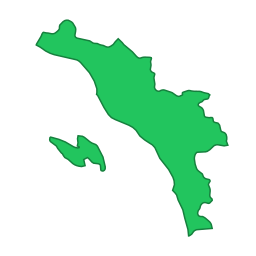 SVG path tracing the border of Niigata, rotated 277°
{"feature_id": "JPN-1867", "entity_name": "Niigata", "entity_type": "Prefecture", "adm_level": 1, "iso_a3": "JPN", "parent_name": "Japan", "parent_adm1": "", "projection": "orthographic", "projection_center": [138.832, 37.638], "detail": "fine", "context": "isolated", "style": "filled", "palette": "green", "viewbox_px": 256, "rotation_deg": 277, "n_neighbors": 0, "source": "natural_earth", "source_scale": "10m", "svg_char_len": 3764}
<svg xmlns="http://www.w3.org/2000/svg" viewBox="0 0 256 256"><g transform="rotate(277 128 128)"><path d="M28.3,201.3L34.5,199.9L45.6,195.3L53.5,192.4L62.7,186.5L67.5,184.4L69.6,182.3L71.5,179.9L77.4,181.0L81.2,180.2L84.6,178.6L91.8,173.4L101.8,163.3L111.8,157.1L114.2,154.3L115.9,150.7L118.2,146.0L121.5,140.8L126.7,136.3L129.2,132.7L130.9,128.5L134.8,114.4L136.3,110.3L139.0,106.9L145.4,101.7L156.8,93.8L157.5,92.7L159.5,92.8L163.2,92.3L170.5,88.8L172.5,87.3L178.2,83.0L187.3,72.9L188.7,70.7L189.4,68.7L191.8,45.8L192.7,41.6L194.4,36.9L197.6,30.9L199.2,26.8L199.3,26.8L200.4,27.1L208.4,30.6L210.7,31.2L211.9,31.7L212.6,32.3L212.6,33.1L212.5,34.1L212.4,35.3L212.5,37.0L212.2,41.1L212.6,42.9L213.4,44.2L214.5,45.3L215.6,46.3L216.9,47.3L218.1,47.8L220.6,47.6L221.9,47.8L225.5,50.5L226.2,51.3L226.9,52.2L227.5,53.7L227.7,55.4L227.0,57.6L226.3,59.2L225.4,60.4L222.2,62.9L221.0,63.7L219.6,64.1L217.6,64.2L214.2,64.0L212.9,64.1L211.7,64.9L211.0,66.5L209.8,79.4L208.1,82.8L207.9,84.2L208.1,87.3L207.3,89.7L207.1,90.9L206.9,93.5L206.0,96.2L205.8,97.5L206.0,99.1L207.1,100.9L209.1,103.2L212.1,104.9L215.4,107.4L212.0,111.9L210.2,113.7L204.1,123.1L200.0,127.8L199.0,129.4L198.7,130.6L198.9,131.7L199.2,132.4L199.7,133.4L200.1,134.6L200.4,136.2L200.8,141.2L200.6,142.5L199.7,142.8L197.2,142.3L196.1,142.4L194.1,143.0L192.9,143.2L188.7,143.0L187.3,143.8L186.6,144.6L185.4,147.7L184.5,148.0L181.8,147.6L180.5,147.7L174.9,149.3L171.6,149.3L170.1,150.0L168.9,151.3L168.3,152.6L168.2,153.6L168.3,154.7L169.1,155.7L169.7,156.9L170.1,158.2L170.1,159.6L168.8,166.1L168.4,167.6L165.9,172.3L165.5,174.0L165.8,175.4L167.0,177.3L167.5,178.0L168.3,178.0L169.0,177.7L169.8,177.8L170.3,178.5L172.2,182.5L172.6,183.6L172.7,184.8L172.5,186.3L172.5,189.0L173.1,194.7L173.0,196.0L172.3,199.1L171.9,203.4L170.8,205.2L169.6,204.6L168.7,204.5L167.6,204.3L166.6,203.6L165.6,200.5L165.2,199.8L164.5,199.2L164.3,199.1L163.8,198.8L163.2,198.3L162.8,197.7L162.1,196.4L161.7,196.0L161.0,195.2L159.9,194.8L158.8,195.1L158.1,196.2L157.3,198.2L156.7,199.1L156.5,199.4L154.7,200.7L149.4,202.3L148.6,202.9L148.2,204.0L148.1,207.3L148.5,208.9L148.6,210.2L148.0,211.0L145.1,211.9L144.3,212.8L144.1,213.8L143.8,216.7L143.1,217.5L141.9,218.6L137.2,220.3L135.9,221.1L135.2,223.9L134.6,225.1L133.4,226.2L131.1,227.1L128.9,227.4L127.0,227.2L123.1,229.2L122.0,225.6L122.3,219.0L122.0,217.5L121.2,215.9L120.3,215.0L116.5,211.9L114.4,209.4L113.8,207.8L112.5,200.4L112.1,199.1L111.9,199.0L110.4,198.1L108.9,197.7L107.2,197.5L105.5,197.6L100.4,199.0L96.7,200.7L95.2,201.6L94.1,202.9L91.4,207.4L89.1,208.6L88.1,209.4L87.3,210.8L87.0,212.0L86.7,214.9L86.1,215.7L85.0,215.9L83.4,215.1L82.4,214.8L81.7,214.7L81.1,214.9L78.4,216.4L77.2,216.9L75.5,217.2L71.5,217.3L70.1,217.6L69.1,218.3L67.7,220.1L66.4,220.4L63.6,218.3L63.2,217.7L63.0,216.9L63.4,214.1L63.3,212.9L63.0,212.0L62.4,211.1L61.6,210.4L60.2,209.6L58.9,209.3L57.5,209.2L56.3,208.8L54.8,207.9L53.6,207.6L52.3,207.5L51.5,207.6L50.9,207.8L50.2,208.2L49.5,208.9L49.1,209.8L49.0,210.8L49.2,212.9L48.7,214.2L48.0,215.7L44.7,220.6L43.5,221.7L42.4,222.4L38.6,223.8L35.4,208.4L34.5,206.9L33.4,205.8L30.3,204.1L28.5,202.0L28.3,201.3ZM104.0,79.9L107.1,80.2L111.2,79.2L114.2,79.4L114.2,83.8L113.4,85.9L109.7,91.8L108.7,93.9L107.6,98.1L106.3,99.8L96.1,106.7L86.8,110.1L84.9,110.3L83.9,110.1L83.1,109.6L82.4,108.8L82.2,107.7L82.5,106.5L83.2,106.1L87.5,105.2L88.4,104.5L88.9,103.1L88.9,98.1L89.8,96.3L92.7,93.0L93.7,91.3L91.3,87.9L85.4,90.0L84.1,86.7L84.1,84.1L84.4,81.8L85.0,79.6L86.0,77.5L89.6,72.4L91.0,68.9L92.7,67.3L94.4,66.1L95.1,64.9L99.1,60.8L101.4,59.1L105.0,52.8L105.8,52.1L106.8,51.7L108.9,51.7L109.5,52.2L109.4,53.4L108.3,60.8L106.5,67.5L102.7,76.3L102.2,78.4L102.1,80.6L102.6,81.9L103.3,81.8L104.0,79.9Z" fill="#22c55e" stroke="#15803d" stroke-width="1.5"/></g></svg>